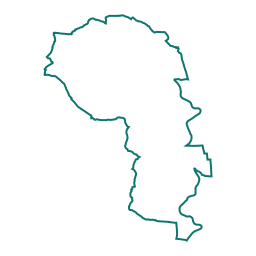 outline of Barbatesti, Gorj, Romania
{"feature_id": "2599482B4781190450425", "entity_name": "Barbatesti", "entity_type": "district", "adm_level": 2, "iso_a3": "ROU", "parent_name": "Romania", "parent_adm1": "Gorj", "projection": "natural_earth1", "projection_center": [23.486, 44.864], "detail": "fine", "context": "isolated", "style": "outline", "palette": "teal", "viewbox_px": 256, "rotation_deg": 0, "n_neighbors": 0, "source": "geoboundaries", "source_scale": "gbopen_adm2", "svg_char_len": 5731}
<svg xmlns="http://www.w3.org/2000/svg" viewBox="0 0 256 256"><path d="M186.7,240.6L188.7,237.6L192.2,233.3L193.2,232.3L195.6,230.8L197.9,230.0L200.7,228.7L201.1,228.2L201.5,227.4L201.6,226.8L201.6,226.3L201.3,225.8L200.7,225.3L199.9,224.9L196.2,224.5L195.4,224.3L194.4,223.6L193.7,222.7L193.2,221.5L192.7,219.2L192.4,218.3L192.0,217.7L191.2,217.0L189.8,216.3L188.2,216.4L187.5,216.6L186.4,216.4L184.2,215.3L182.0,214.5L181.3,214.0L180.7,213.3L179.9,211.7L179.7,210.9L179.5,209.2L179.5,208.5L179.8,207.4L180.0,206.8L180.6,206.0L183.3,203.5L185.4,201.2L186.9,200.0L187.2,199.1L187.3,198.4L187.8,197.7L189.4,196.6L191.3,195.9L193.5,195.5L194.4,195.2L195.2,194.3L195.5,193.9L195.6,192.9L195.5,189.9L195.5,188.0L196.3,186.2L197.4,184.9L198.2,183.7L199.4,179.7L198.8,177.2L198.3,176.3L196.7,174.0L195.2,171.4L194.7,170.4L194.4,168.6L194.7,168.5L195.3,168.8L195.6,170.0L196.2,170.6L197.0,170.5L197.5,171.1L199.5,171.9L200.2,172.4L201.2,173.3L201.7,174.3L201.8,174.8L204.1,175.4L204.9,176.0L211.5,176.4L211.4,174.7L211.1,169.9L211.1,168.4L210.4,159.5L207.5,159.6L206.9,153.5L204.3,153.5L203.8,150.9L203.3,149.5L203.0,147.5L202.5,145.5L194.6,145.9L186.2,145.7L187.6,144.6L189.1,143.7L189.7,142.6L190.5,141.4L191.2,139.9L191.6,138.0L191.4,135.5L191.0,134.7L190.6,134.4L189.8,132.1L189.1,130.8L187.0,125.4L186.7,124.1L186.7,123.0L187.2,122.0L187.9,121.1L191.8,118.7L197.2,114.8L198.8,114.0L199.7,113.3L200.5,111.7L200.5,110.0L199.6,108.9L198.6,108.4L197.9,108.3L194.5,108.4L193.1,107.7L192.1,106.7L191.0,103.3L189.7,101.8L187.5,100.6L183.0,98.5L182.3,98.1L181.6,97.4L181.0,96.7L180.6,95.2L180.6,93.2L180.9,92.5L180.9,92.0L180.7,90.6L180.3,88.2L179.9,87.0L178.9,85.1L177.8,83.5L174.4,80.0L174.4,79.6L174.6,79.4L176.4,79.3L178.3,79.1L179.9,79.5L180.7,80.0L181.9,79.9L182.6,79.7L186.0,79.2L187.2,79.2L188.0,79.4L185.9,71.6L184.5,67.5L183.1,62.4L182.1,60.0L181.6,57.0L181.3,54.6L181.1,54.0L180.5,53.3L179.1,52.7L178.2,51.4L177.9,51.2L178.6,49.1L178.6,48.6L178.2,48.2L177.0,48.1L177.6,47.4L173.6,46.8L173.4,46.7L173.2,46.4L173.0,46.2L170.4,45.8L168.4,43.6L166.1,41.4L165.7,40.8L167.1,39.9L168.0,39.2L168.3,38.4L168.2,36.9L167.5,35.4L165.8,33.2L164.7,32.1L161.6,32.1L157.2,31.9L155.5,32.2L154.5,32.5L154.4,32.3L153.2,31.6L152.8,31.5L151.6,30.0L151.0,29.5L148.9,26.2L147.7,26.0L147.5,25.8L146.9,24.9L144.4,23.3L143.4,23.0L141.7,22.1L140.3,21.5L138.4,21.3L136.7,20.5L136.0,20.2L132.9,17.5L131.7,18.2L131.1,19.1L130.9,18.8L129.5,18.3L128.2,17.3L125.8,16.6L123.1,15.4L121.7,15.4L120.8,15.5L119.8,15.9L118.8,15.6L117.2,16.0L116.1,15.8L115.1,16.0L113.9,15.8L112.6,15.9L109.7,15.8L108.3,16.2L107.0,16.9L105.9,17.3L105.7,17.5L105.6,18.0L106.1,20.0L105.8,22.0L105.9,23.5L105.7,23.5L105.2,23.3L103.8,22.0L103.2,21.7L101.5,21.4L99.1,20.4L97.7,20.1L96.9,19.7L96.3,19.9L95.5,19.8L94.4,18.9L93.6,18.7L93.0,18.4L90.6,18.9L89.6,19.9L88.8,20.2L88.5,21.1L88.2,21.6L88.1,22.3L87.6,23.6L87.3,23.9L86.2,24.2L85.3,24.9L84.4,25.1L82.4,27.0L81.9,27.2L80.5,27.3L78.8,28.4L77.3,28.7L76.4,29.1L76.0,29.6L75.2,29.6L75.1,30.4L74.4,31.0L73.4,31.3L72.5,31.8L72.4,31.9L72.4,32.4L72.1,32.4L71.6,33.1L71.3,33.9L71.5,34.2L71.3,34.3L71.1,34.2L69.4,34.1L68.9,34.2L67.0,34.1L66.0,33.9L61.7,33.6L54.9,32.7L54.3,32.8L54.5,33.2L53.9,33.3L53.7,33.7L53.7,34.6L53.8,35.2L54.4,35.8L54.5,36.9L54.9,37.7L54.8,38.1L55.1,38.7L55.1,39.6L55.2,40.1L55.0,40.7L55.1,41.2L54.4,41.5L53.8,43.9L53.3,44.7L53.1,45.4L52.3,47.1L52.6,47.4L52.5,48.4L51.0,52.5L50.6,53.1L46.8,57.0L48.0,58.2L49.8,58.5L50.3,58.9L50.4,59.1L50.8,60.6L51.2,61.4L51.5,61.7L52.4,61.9L52.6,63.1L49.7,64.9L49.1,65.1L47.8,65.9L47.2,66.5L46.6,66.8L45.9,67.5L45.4,68.4L44.7,69.0L44.6,69.3L44.7,69.5L45.7,70.0L45.4,70.2L45.2,70.5L44.9,72.1L44.9,73.5L44.5,74.1L44.6,74.3L44.9,74.3L44.9,74.9L47.7,74.8L48.9,75.0L51.7,75.9L52.6,76.1L53.5,75.9L55.0,76.1L56.8,77.2L57.4,78.0L59.0,79.1L60.9,80.8L62.7,82.7L63.8,83.4L64.7,84.8L65.3,86.6L65.9,87.6L66.1,88.8L68.3,93.1L69.0,95.3L69.6,96.1L71.6,98.1L71.6,98.6L71.2,99.0L74.4,102.3L77.9,106.7L91.3,115.7L91.5,116.7L91.5,117.0L91.2,117.2L91.3,117.5L91.3,118.3L92.6,118.1L93.9,118.8L94.1,119.4L95.4,119.8L97.0,119.3L100.2,120.0L101.4,120.1L102.9,120.2L103.8,120.0L106.1,120.2L106.5,120.1L107.0,119.8L108.8,119.7L110.6,119.9L112.3,119.8L114.3,119.3L115.2,119.4L116.6,118.5L117.1,117.8L119.0,117.3L120.7,117.7L122.3,117.8L123.5,118.2L124.6,118.8L124.8,119.3L125.1,122.1L126.0,124.2L127.5,126.5L127.9,126.8L128.8,127.0L127.1,129.2L126.5,130.8L126.4,133.1L127.2,135.4L127.6,138.0L127.0,139.8L126.8,140.8L125.9,142.7L125.5,144.9L125.1,145.8L125.3,147.0L126.3,148.6L126.6,148.8L127.4,149.1L127.8,150.3L128.2,151.0L129.2,151.0L131.4,151.5L132.8,152.3L133.5,153.3L133.7,153.5L135.3,154.3L136.6,154.6L137.2,155.6L138.8,156.7L139.4,157.0L138.9,157.3L138.0,158.3L137.6,159.1L136.1,159.3L135.8,159.5L135.3,160.9L134.4,162.5L133.7,164.4L133.3,165.9L133.3,167.1L133.1,167.9L132.9,168.4L132.3,169.0L133.6,169.6L134.3,170.2L135.9,172.8L136.1,173.7L136.1,174.1L134.9,178.5L134.5,179.3L134.7,180.6L134.4,182.2L134.2,182.4L134.2,182.6L134.4,184.6L134.9,186.5L134.6,186.8L133.9,186.7L132.4,187.1L132.3,188.8L131.9,189.3L131.3,189.4L131.2,190.0L131.2,190.3L131.6,190.8L131.5,191.4L130.7,192.4L130.4,193.2L130.4,194.5L130.3,195.1L130.7,196.6L131.8,197.7L132.2,197.8L132.2,198.1L132.1,199.1L132.5,200.4L132.3,201.0L131.8,201.7L130.3,203.6L129.5,205.5L129.5,205.9L129.0,206.5L129.0,207.4L128.9,208.3L129.5,209.7L130.0,210.0L131.8,210.1L133.8,211.1L135.9,212.4L137.1,213.8L141.7,216.8L142.7,217.8L144.2,218.7L146.3,219.6L146.8,219.7L148.2,219.3L148.6,219.3L149.8,219.9L153.2,219.7L154.7,220.3L155.5,220.0L156.2,220.7L157.8,221.2L169.2,221.9L169.2,222.1L175.5,222.8L176.2,222.7L176.8,228.2L177.1,233.7L177.0,235.8L176.3,238.8L178.9,239.0L184.7,239.8L185.6,240.0L186.7,240.6Z" fill="none" stroke="#0f766e" stroke-width="2"/></svg>